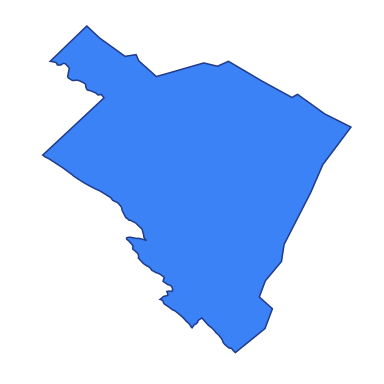 Hardy, West Virginia, United States of America (orthographic projection), rotated 95°
{"feature_id": "52423323B33103452466662", "entity_name": "Hardy", "entity_type": "district", "adm_level": 2, "iso_a3": "USA", "parent_name": "United States of America", "parent_adm1": "West Virginia", "projection": "orthographic", "projection_center": [-78.78, 39.0], "detail": "fine", "context": "isolated", "style": "filled", "palette": "blue", "viewbox_px": 384, "rotation_deg": 95, "n_neighbors": 0, "source": "geoboundaries", "source_scale": "gbopen_adm2", "svg_char_len": 2043}
<svg xmlns="http://www.w3.org/2000/svg" viewBox="0 0 384 384"><g transform="rotate(95 192 192)"><path d="M74.2,344.7L74.4,341.4L75.0,338.6L75.9,337.7L77.0,337.5L77.2,336.7L77.0,334.1L76.6,333.3L75.7,332.4L75.0,330.9L75.4,329.1L78.4,325.9L79.6,325.0L86.3,325.8L88.2,325.8L89.2,325.1L91.3,320.9L91.1,318.3L90.6,317.6L90.9,314.1L93.1,308.5L94.5,307.2L96.9,306.9L98.9,305.7L99.6,304.8L99.8,304.3L99.7,303.3L100.3,300.8L101.7,296.6L103.4,294.3L103.5,293.8L102.8,290.9L103.9,289.7L105.9,287.9L168.2,343.9L169.9,341.3L171.0,338.2L178.8,323.4L185.3,312.8L186.7,310.9L189.2,306.3L192.3,300.3L195.3,293.5L197.4,288.3L198.8,284.1L204.8,272.3L207.1,270.4L207.8,268.8L208.9,265.6L209.9,264.2L213.3,260.9L216.5,260.0L223.3,255.7L224.2,254.0L225.6,252.3L225.5,251.1L227.6,245.7L233.4,238.5L239.7,236.2L240.8,236.2L241.6,235.8L243.6,234.0L244.3,232.9L243.0,239.0L242.8,240.7L242.9,241.5L242.9,241.8L243.1,243.0L242.4,249.7L242.9,252.2L243.5,253.1L244.2,253.2L244.7,252.9L246.5,250.4L250.6,246.2L254.1,246.0L257.1,241.7L258.7,240.1L262.0,239.4L262.5,239.7L267.4,234.3L269.5,230.8L269.8,229.3L271.7,226.6L273.2,225.6L275.2,221.5L276.5,217.0L279.4,212.2L283.5,213.1L286.4,208.0L286.5,206.6L287.3,204.9L287.9,204.1L289.8,203.0L292.4,202.9L292.7,203.8L292.7,206.3L293.3,208.4L295.5,207.3L297.1,207.1L298.5,211.2L301.8,214.5L302.0,213.2L303.2,211.3L304.6,210.9L306.0,209.8L308.3,205.5L311.1,201.1L311.6,199.2L312.4,197.8L317.3,190.7L321.7,185.9L322.8,184.1L325.1,182.0L326.4,181.2L327.3,180.1L323.8,178.0L322.7,176.0L320.9,174.8L320.0,175.1L319.6,174.9L316.6,171.2L322.5,165.0L324.1,163.1L325.3,160.9L328.6,157.0L329.6,156.4L330.3,155.4L332.3,152.8L336.6,149.0L339.1,147.9L341.0,146.1L344.0,141.9L344.4,140.3L344.1,139.2L346.3,137.2L348.2,134.8L321.7,107.4L301.3,101.7L290.7,115.8L274.1,111.2L253.4,96.8L236.3,95.7L181.9,73.6L153.4,64.1L113.5,39.3L102.7,66.5L85.5,95.4L89.1,100.7L75.0,132.8L58.6,167.1L64.5,177.6L62.4,191.5L80.1,237.6L66.0,256.4L60.0,259.7L62.7,270.5L46.7,297.4L35.8,311.3L74.2,344.7Z" fill="#3b82f6" stroke="#1e3a8a" stroke-width="1.5"/></g></svg>